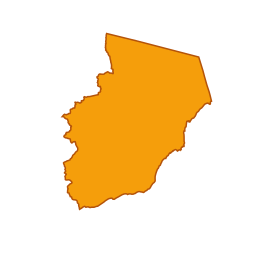 the district of Talara, Piura, Peru, rotated 205°
{"feature_id": "86281439B38323615258078", "entity_name": "Talara", "entity_type": "district", "adm_level": 2, "iso_a3": "PER", "parent_name": "Peru", "parent_adm1": "Piura", "projection": "mercator", "projection_center": [-81.054, -4.452], "detail": "fine", "context": "isolated", "style": "filled", "palette": "amber", "viewbox_px": 256, "rotation_deg": 205, "n_neighbors": 0, "source": "geoboundaries", "source_scale": "gbopen_adm2", "svg_char_len": 5789}
<svg xmlns="http://www.w3.org/2000/svg" viewBox="0 0 256 256"><g transform="rotate(205 128 128)"><path d="M137.5,33.8L136.1,35.9L135.6,37.0L134.7,38.2L134.3,38.6L133.9,38.7L133.1,38.4L132.7,38.4L131.4,39.4L130.8,39.7L129.1,39.8L128.7,39.9L127.7,40.7L125.2,41.9L123.5,43.6L122.4,44.3L118.5,50.8L117.7,52.6L115.6,55.8L113.8,57.2L113.1,57.5L112.7,57.6L111.5,57.1L110.5,57.5L110.1,57.9L108.9,59.9L108.0,61.0L105.1,65.1L103.5,66.7L102.6,67.2L101.9,67.6L100.7,67.7L100.2,67.6L99.8,68.2L98.7,69.0L98.0,69.3L96.9,69.5L95.5,70.1L94.8,70.8L94.6,71.1L94.0,71.5L92.6,73.8L91.8,74.6L91.0,75.1L90.1,75.4L89.3,75.5L88.8,75.7L87.9,76.0L86.9,76.0L86.2,76.8L85.6,78.3L84.7,79.2L84.0,81.1L83.1,81.8L82.9,82.1L82.6,83.4L82.5,85.7L82.1,88.1L81.3,89.7L81.0,91.2L81.2,91.9L82.4,94.3L83.0,95.8L83.5,98.4L83.8,101.0L83.9,102.9L83.8,103.8L83.5,104.4L83.7,106.8L83.6,107.1L83.1,107.6L83.0,108.3L83.2,109.8L83.0,110.7L83.2,112.0L83.0,113.4L82.1,115.7L81.7,116.1L80.9,116.3L80.9,118.2L80.6,119.3L80.0,120.0L79.9,121.8L79.7,122.9L79.3,123.4L79.1,123.3L79.0,123.1L78.8,123.2L78.5,124.4L77.9,125.3L77.7,126.4L77.4,126.7L77.3,126.4L77.2,126.4L77.0,127.1L76.5,127.9L75.7,128.6L74.3,128.5L74.0,128.2L73.5,128.0L73.1,129.0L72.8,129.3L72.6,129.2L72.3,129.8L71.8,130.0L71.5,130.6L71.3,130.6L70.9,130.3L70.8,130.9L70.8,131.3L71.1,131.5L71.3,131.9L71.3,133.2L70.5,133.8L70.6,134.3L70.4,134.4L70.3,134.7L70.1,134.7L70.0,135.0L69.6,135.1L69.9,135.5L69.9,136.1L70.2,136.2L70.5,136.8L70.4,137.2L70.5,137.6L70.4,138.1L70.9,139.0L71.4,139.4L73.5,143.8L74.5,145.7L75.4,146.9L75.9,148.1L75.9,149.1L75.2,149.2L75.2,149.3L75.9,150.6L76.2,151.6L76.4,152.6L76.3,153.2L75.9,153.6L77.1,157.2L77.2,158.0L77.5,158.8L77.2,159.2L76.8,159.4L76.2,160.0L75.9,160.2L75.5,160.2L75.3,160.0L75.3,159.5L75.2,159.3L74.7,159.5L74.4,159.8L74.5,160.4L74.1,163.1L73.5,164.2L73.0,164.5L72.7,164.8L72.1,167.3L72.1,168.9L72.2,170.2L72.1,171.3L71.4,172.5L71.1,173.4L71.0,174.6L70.7,175.6L70.3,176.6L69.8,177.1L69.1,179.6L68.6,181.8L67.9,182.8L66.8,183.9L66.3,184.2L65.8,184.3L64.5,184.1L63.8,184.1L63.6,184.5L63.6,184.8L64.2,185.9L64.3,186.7L64.2,187.3L63.7,187.4L63.6,187.6L64.0,188.0L67.0,191.8L69.7,195.0L74.7,200.3L80.4,206.9L84.4,211.7L93.9,222.2L155.9,210.8L187.3,204.6L187.1,203.2L186.3,201.4L186.2,200.4L185.5,199.6L184.7,196.8L184.2,196.2L183.7,195.4L183.9,194.8L183.6,194.5L183.0,192.6L182.6,192.2L182.5,191.4L182.3,191.4L181.9,190.6L181.3,190.1L181.4,189.7L181.2,189.5L181.1,189.1L180.6,189.0L180.0,188.7L179.6,188.0L179.3,187.9L178.6,187.9L177.7,187.3L177.2,186.8L177.0,186.3L176.0,185.7L175.6,185.4L175.0,185.4L174.8,185.3L173.3,183.0L172.2,181.7L171.1,180.0L170.8,179.8L169.8,178.5L169.1,177.3L168.7,176.1L168.4,175.8L168.3,174.9L168.1,174.8L166.4,174.8L166.2,174.4L166.2,174.0L165.9,173.8L165.6,173.4L165.5,172.5L164.9,172.1L164.5,171.1L164.6,170.9L166.7,170.6L167.5,170.0L169.4,170.4L170.4,170.2L170.8,169.4L171.2,169.2L171.3,168.8L172.2,167.7L172.4,166.9L172.7,166.5L173.6,166.1L174.3,165.7L175.5,165.4L175.7,165.1L176.3,165.1L176.5,164.9L177.0,164.2L177.1,163.2L176.9,162.4L177.4,161.5L177.7,161.3L177.7,161.0L177.2,160.6L176.9,160.2L176.1,160.1L175.7,159.9L175.4,158.9L175.4,157.8L174.9,157.3L174.9,156.7L174.8,156.4L174.9,156.2L174.3,155.9L173.6,155.2L173.5,154.7L173.5,154.0L173.2,153.5L173.0,153.4L171.7,153.4L171.3,153.5L170.8,154.0L170.6,154.0L170.3,153.4L170.0,153.2L170.0,152.8L169.6,152.5L169.1,152.3L168.9,152.0L169.0,150.9L168.8,150.2L168.4,149.7L168.5,149.4L168.4,148.9L168.8,148.4L169.4,148.0L169.7,147.4L169.6,146.9L169.2,146.3L169.0,145.7L173.3,142.4L176.1,140.2L177.8,139.4L178.5,138.5L179.0,138.2L180.8,137.9L181.0,137.2L180.4,136.6L180.0,135.8L180.0,134.3L180.1,134.0L180.9,133.6L181.7,133.0L181.6,132.5L181.0,132.0L181.0,131.7L181.2,131.3L181.5,131.1L181.7,130.6L182.5,130.1L183.0,130.3L184.3,130.1L184.8,129.9L185.5,129.2L186.2,129.2L186.8,129.1L186.9,128.9L186.8,128.7L186.1,128.3L185.9,127.7L185.3,127.2L185.6,126.7L185.7,126.3L185.0,125.0L185.1,124.5L184.7,123.8L184.9,123.5L186.2,122.9L186.3,122.4L186.9,121.4L187.5,121.1L188.0,120.4L187.8,119.6L186.9,118.2L186.6,116.9L186.7,116.7L187.8,116.1L188.1,115.7L188.2,115.1L189.1,114.5L189.5,113.9L190.3,113.8L190.9,113.5L191.3,113.6L191.8,112.8L192.4,110.5L191.4,111.0L190.9,111.0L190.2,110.7L189.7,110.3L189.0,110.4L188.6,110.2L187.9,110.1L186.8,110.4L186.3,110.2L185.5,109.2L184.8,108.7L184.8,108.0L184.3,107.4L182.9,106.9L182.7,106.3L181.8,106.0L180.7,106.0L180.1,105.7L179.9,105.4L179.9,105.2L180.3,104.9L180.3,104.7L179.2,102.6L179.1,101.8L179.6,101.0L179.7,100.5L179.5,100.1L179.9,99.5L181.3,98.2L181.7,98.1L182.0,97.9L181.9,97.3L182.0,96.5L181.5,95.8L182.6,94.4L182.4,93.0L181.7,92.9L181.1,92.7L180.5,92.7L179.8,92.8L179.3,93.1L177.9,93.1L177.6,93.3L177.0,93.3L176.0,93.6L175.5,93.4L175.0,92.4L174.2,91.5L173.5,90.9L172.6,90.7L172.2,91.2L171.8,92.3L170.3,93.3L170.1,93.3L169.8,93.0L169.6,92.5L169.0,92.2L168.6,91.3L167.9,90.6L166.2,89.3L165.4,88.9L165.0,88.4L164.4,87.2L164.3,86.4L164.3,85.8L165.3,83.9L165.5,81.9L166.2,80.7L166.5,79.7L166.3,78.1L166.5,77.8L166.5,76.8L167.2,75.7L167.0,74.8L168.3,73.3L169.4,72.4L169.6,71.9L170.4,71.0L171.3,70.1L171.7,69.2L171.1,68.3L170.2,67.8L169.5,66.6L168.4,65.9L167.9,65.3L167.6,64.7L167.7,63.9L166.6,63.0L166.2,62.2L166.6,61.2L166.6,60.5L164.5,60.1L164.4,59.9L164.6,59.0L164.6,57.2L163.9,56.7L163.0,54.8L162.6,54.7L162.3,54.7L161.5,55.0L159.9,56.0L158.4,56.2L157.4,55.8L156.6,55.7L155.7,54.8L155.7,54.3L156.0,53.8L156.9,52.8L157.3,51.8L157.5,51.1L158.0,50.0L158.1,49.4L157.2,47.9L156.5,47.6L156.6,46.6L155.9,44.9L155.6,44.0L155.1,43.8L154.2,44.1L153.8,44.0L153.0,42.9L151.9,42.2L151.6,41.7L151.4,41.4L150.0,41.6L149.2,40.6L148.2,39.9L146.9,40.0L145.0,40.7L143.9,40.6L143.2,40.3L142.2,38.8L140.8,38.3L140.3,37.9L140.0,37.0L138.9,35.6L138.4,35.3L138.0,34.3L137.5,33.8Z" fill="#f59e0b" stroke="#b45309" stroke-width="1.5"/></g></svg>